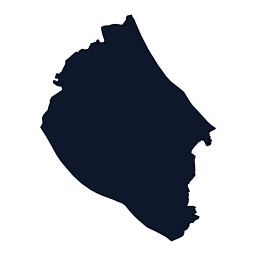 Mo Cay Nam, Bến Tre, Vietnam (Albers equal-area conic projection)
{"feature_id": "81297802B48166206611574", "entity_name": "Mo Cay Nam", "entity_type": "district", "adm_level": 2, "iso_a3": "VNM", "parent_name": "Vietnam", "parent_adm1": "Bến Tre", "projection": "albers", "projection_center": [106.374, 10.071], "detail": "fine", "context": "isolated", "style": "filled", "palette": "ink", "viewbox_px": 256, "rotation_deg": 0, "n_neighbors": 0, "source": "geoboundaries", "source_scale": "gbopen_adm2", "svg_char_len": 5612}
<svg xmlns="http://www.w3.org/2000/svg" viewBox="0 0 256 256"><path d="M81.7,182.8L91.2,189.5L97.7,192.9L102.7,195.1L112.6,198.7L118.1,201.1L120.6,202.0L122.1,202.6L123.7,203.6L125.6,204.9L125.8,205.2L127.9,207.9L130.0,210.4L134.8,215.7L137.5,218.2L139.2,219.8L141.3,221.4L143.2,223.2L146.8,226.3L147.8,226.9L149.9,228.0L151.3,228.6L156.3,231.0L159.4,232.6L166.2,236.3L170.6,239.8L171.6,240.6L179.8,237.0L181.6,236.0L182.4,235.5L182.8,235.1L183.2,234.2L183.4,233.4L183.6,232.5L183.7,231.7L183.8,230.8L184.0,230.4L184.2,230.1L184.7,229.8L186.6,229.1L187.1,228.3L187.2,228.0L187.3,227.8L187.7,227.5L187.9,227.0L188.2,226.4L188.5,226.2L188.7,225.9L188.8,225.5L188.7,224.2L188.8,223.9L189.1,223.7L189.3,223.5L189.5,223.3L189.6,223.1L189.7,222.9L189.8,222.6L190.5,222.3L191.7,222.2L192.5,222.2L192.8,222.1L193.0,222.1L193.4,221.9L193.7,221.1L194.8,220.0L195.2,219.6L195.5,219.5L195.8,219.4L196.0,219.3L196.6,219.0L197.3,218.7L197.7,218.6L197.8,218.4L198.0,218.3L198.1,218.0L198.3,217.8L198.6,217.5L198.7,217.4L198.7,217.0L198.6,216.8L198.4,216.7L198.1,216.6L197.9,216.6L197.6,216.5L197.0,216.3L196.5,215.9L195.6,215.6L194.2,215.0L193.2,214.5L193.1,214.4L193.1,214.2L193.3,214.0L194.1,213.3L195.1,212.9L195.7,212.6L196.0,212.4L196.0,212.2L195.3,211.0L195.2,210.9L195.1,210.7L194.8,209.9L194.5,209.5L194.2,208.6L194.2,208.4L194.7,207.9L195.1,207.4L193.2,206.6L191.4,206.6L187.3,206.7L186.0,206.6L186.8,204.9L187.2,204.1L187.6,202.8L188.0,201.5L187.7,201.4L188.3,199.1L187.4,198.7L188.1,195.7L188.2,195.2L188.1,194.5L188.0,193.8L187.7,192.5L187.7,192.2L187.2,191.8L187.1,191.3L189.0,191.2L186.9,186.0L187.6,183.4L188.3,183.3L188.5,183.3L188.8,182.9L189.2,181.5L189.8,180.8L190.5,180.1L191.0,179.8L191.6,179.1L192.2,178.4L192.4,177.8L192.6,177.4L193.7,176.7L193.3,175.0L194.6,175.4L194.7,174.2L194.2,174.1L194.6,170.2L194.6,169.4L194.5,168.6L194.4,167.5L194.4,165.6L194.3,165.0L194.2,163.5L193.9,160.4L194.0,159.5L194.5,157.9L194.6,157.4L194.8,156.2L194.4,156.2L194.1,156.1L193.9,156.0L193.5,155.7L193.3,155.5L193.1,155.0L193.0,154.8L192.8,154.6L190.4,153.7L190.9,151.8L190.9,151.0L191.0,150.3L194.1,146.2L197.1,142.9L198.4,141.2L198.9,140.5L199.7,141.1L201.4,139.1L202.7,140.0L203.1,139.7L202.9,139.4L203.2,139.2L203.7,139.7L204.0,139.8L205.2,142.1L206.4,144.8L206.6,145.0L207.5,145.5L207.9,145.4L207.9,145.2L207.8,144.9L207.6,144.8L207.5,144.6L207.5,144.3L207.5,144.0L207.4,143.7L207.6,143.4L208.0,143.5L208.3,143.6L208.6,143.9L208.7,144.3L209.0,144.6L209.3,144.7L209.8,144.6L210.3,144.0L210.6,143.5L210.7,143.3L210.6,143.1L209.7,143.0L209.5,142.9L209.6,142.5L210.1,142.1L210.5,141.5L210.7,141.2L211.1,140.8L211.1,140.6L211.1,140.4L211.0,140.1L210.9,139.9L210.5,139.6L210.3,139.5L209.6,139.3L209.3,139.2L209.1,138.9L209.1,138.6L209.1,138.1L209.4,137.9L209.7,137.7L209.9,137.4L210.0,137.2L209.9,136.9L209.2,136.1L209.1,135.8L209.0,135.5L209.0,135.0L209.0,134.6L209.0,134.3L208.8,134.1L208.3,133.8L208.1,133.4L208.0,133.2L208.1,132.7L208.4,132.5L208.9,132.2L210.8,130.7L213.8,129.2L215.0,128.5L214.4,127.9L212.0,126.3L210.4,125.2L206.8,121.8L203.6,118.2L198.7,112.8L193.6,107.4L191.3,104.8L189.7,102.5L188.4,100.4L186.3,97.1L185.3,95.4L183.6,92.6L183.2,92.1L182.3,91.4L177.2,87.2L170.7,82.2L165.9,77.0L157.7,65.7L156.7,64.1L155.3,61.9L153.8,59.4L152.7,57.5L151.4,55.6L148.9,51.5L148.1,50.1L147.3,48.7L146.7,47.5L146.1,46.4L143.4,41.1L140.6,35.7L134.7,22.2L134.2,20.7L133.3,19.0L132.2,17.7L131.6,16.3L131.3,15.4L127.5,16.3L127.2,16.6L126.9,17.2L126.8,17.7L126.7,18.4L126.7,19.0L126.6,19.9L126.5,20.2L126.3,20.5L124.1,23.5L123.1,24.8L122.5,25.2L121.8,25.4L120.7,25.5L119.6,25.1L118.3,24.9L117.0,24.8L114.8,24.6L112.9,24.8L111.4,25.2L110.5,25.7L110.1,25.8L109.4,26.0L108.9,26.1L106.7,26.1L105.8,26.2L105.2,26.3L103.9,26.5L103.1,26.8L102.4,27.1L102.0,27.4L101.8,28.0L101.9,29.1L103.0,34.2L103.6,36.1L104.7,39.0L105.0,40.7L105.2,41.5L105.3,42.2L105.4,43.2L104.9,43.1L104.6,42.9L104.6,42.6L104.5,42.4L104.3,42.3L104.2,42.4L104.1,42.7L104.0,43.0L103.9,43.1L103.5,43.1L102.9,42.9L102.6,42.8L102.4,42.9L101.6,43.2L101.2,43.2L100.2,43.0L99.8,43.0L99.6,42.9L99.4,42.7L99.2,42.4L98.9,41.6L98.7,41.0L98.4,40.6L98.2,41.4L97.9,41.2L97.6,41.0L97.3,40.6L96.7,41.5L95.9,42.7L95.8,43.1L95.0,42.9L94.1,42.9L93.5,43.3L92.3,43.8L91.9,43.9L91.4,43.8L91.2,43.8L91.2,45.1L91.1,45.3L90.6,45.6L90.4,45.8L90.3,46.2L90.2,46.4L89.8,46.9L89.5,47.5L89.5,48.0L89.3,48.3L89.1,48.7L88.3,49.6L88.1,49.7L87.2,49.8L86.6,49.7L86.4,49.8L86.2,49.9L86.0,50.5L85.9,50.6L85.5,50.5L82.8,49.5L82.0,49.7L81.8,49.7L81.6,50.0L80.3,50.6L79.8,50.9L79.4,51.2L79.2,51.6L79.2,52.0L79.2,52.5L79.2,52.8L78.4,53.1L78.2,53.3L77.7,52.9L77.4,52.7L77.1,52.6L76.6,52.6L76.1,52.8L76.0,52.6L72.0,55.9L69.5,58.3L66.1,60.8L65.9,64.4L64.3,67.3L62.0,72.2L60.7,73.1L60.2,73.5L59.9,74.2L59.5,74.6L59.1,74.7L58.5,74.7L58.1,74.4L57.5,74.0L57.2,73.9L56.8,74.1L56.5,74.7L56.4,75.4L56.3,76.0L55.7,77.0L55.6,77.5L55.8,77.8L56.3,77.9L58.2,78.0L58.7,78.1L59.0,78.4L59.1,78.8L59.1,79.3L59.0,79.8L58.7,80.4L58.5,81.2L58.4,81.8L58.2,82.2L57.8,82.3L57.3,82.2L55.1,81.2L54.3,80.8L54.0,80.8L53.8,80.9L53.6,81.3L53.6,82.0L53.8,82.6L54.2,83.2L54.8,83.5L55.6,84.0L57.1,85.1L57.7,85.4L58.8,85.6L60.3,85.8L61.2,85.9L62.0,85.8L63.1,90.0L58.6,93.2L55.9,94.9L52.2,97.4L50.7,99.9L50.5,100.7L50.5,101.2L50.6,102.4L50.6,102.7L49.7,105.0L49.6,105.4L49.1,106.6L48.5,109.8L47.8,110.9L45.9,112.8L44.2,114.8L43.8,115.6L43.2,116.7L42.8,117.8L42.8,118.5L42.8,119.0L43.2,121.3L43.1,122.4L43.1,123.0L43.0,123.6L42.9,124.0L42.6,124.9L42.0,125.8L41.0,127.1L46.7,136.2L50.1,142.0L55.0,150.9L57.9,156.0L58.9,157.3L60.8,160.2L62.5,162.4L63.5,163.6L73.7,175.4L81.7,182.8Z" fill="#0f172a" stroke="#020617" stroke-width="1.5"/></svg>